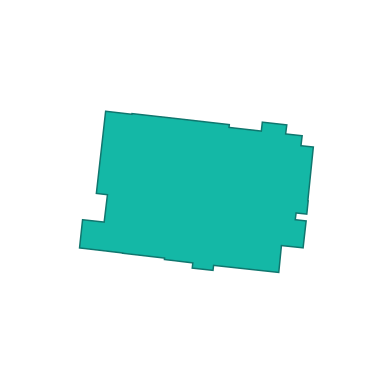 the district of Carlos Tejedor, Buenos Aires, Argentina, rotated 141°
{"feature_id": "61730980B61876831945092", "entity_name": "Carlos Tejedor", "entity_type": "district", "adm_level": 2, "iso_a3": "ARG", "parent_name": "Argentina", "parent_adm1": "Buenos Aires", "projection": "orthographic", "projection_center": [-62.467, -35.397], "detail": "fine", "context": "isolated", "style": "filled", "palette": "teal", "viewbox_px": 384, "rotation_deg": 141, "n_neighbors": 0, "source": "geoboundaries", "source_scale": "gbopen_adm2", "svg_char_len": 592}
<svg xmlns="http://www.w3.org/2000/svg" viewBox="0 0 384 384"><g transform="rotate(141 192 192)"><path d="M208.3,309.1L267.2,251.1L259.4,243.1L279.2,223.9L294.5,239.3L314.6,219.3L284.3,188.3L284.5,188.1L254.9,157.9L255.9,156.9L236.0,136.4L239.7,132.7L225.0,117.9L221.4,121.4L175.2,74.9L156.2,94.1L140.8,78.7L121.5,97.7L129.2,105.5L124.3,110.2L116.7,102.6L107.2,112.1L107.4,112.4L69.4,150.6L78.2,159.4L71.0,166.4L82.7,178.2L76.1,184.5L93.4,202.0L99.8,195.7L122.6,218.9L120.6,220.9L137.9,238.5L189.3,290.7L189.8,290.2L208.3,309.1Z" fill="#14b8a6" stroke="#0f766e" stroke-width="1.5"/></g></svg>